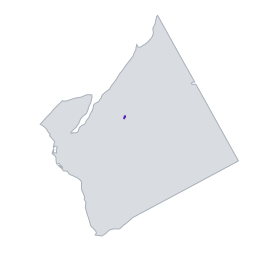 Saqulta, Suhaj, Egypt (highlighted), rotated 241°
{"feature_id": "37247803B11540085647408", "entity_name": "Saqulta", "entity_type": "district", "adm_level": 2, "iso_a3": "EGY", "parent_name": "Egypt", "parent_adm1": "Suhaj", "projection": "natural_earth1", "projection_center": [31.659, 26.692], "detail": "fine", "context": "in_parent", "style": "filled", "palette": "violet", "viewbox_px": 256, "rotation_deg": 241, "n_neighbors": 0, "source": "geoboundaries", "source_scale": "gbopen_adm2", "svg_char_len": 3479}
<svg xmlns="http://www.w3.org/2000/svg" viewBox="0 0 256 256"><g transform="rotate(241 128 128)"><path d="M212.1,208.5L207.5,208.5L202.9,208.5L198.3,208.5L193.8,208.5L189.2,208.5L184.6,208.5L180.0,208.5L175.4,208.5L170.8,208.5L166.2,208.5L161.6,208.5L157.0,208.5L152.4,208.6L147.8,208.6L143.2,208.6L138.6,208.6L136.0,208.6L136.5,207.1L136.8,206.0L136.4,205.3L135.6,205.1L135.0,205.3L133.6,208.4L132.9,208.6L131.2,208.6L125.9,208.6L120.6,208.6L115.2,208.6L109.9,208.6L104.5,208.6L99.2,208.6L93.8,208.6L88.5,208.6L83.1,208.6L77.8,208.6L72.4,208.6L67.1,208.6L61.7,208.6L56.4,208.6L51.0,208.6L45.7,208.6L45.7,204.8L45.8,201.1L45.8,197.3L45.9,193.6L45.9,189.8L46.0,186.1L46.0,182.4L46.1,178.6L46.1,174.9L46.2,171.1L46.2,167.4L46.3,163.6L46.3,159.9L46.4,156.1L46.4,152.4L46.5,148.7L46.5,144.9L46.6,141.2L46.6,137.4L46.7,133.7L46.7,129.9L46.8,126.2L46.9,122.4L46.9,118.7L47.0,114.9L47.0,111.2L47.1,107.4L47.1,103.7L47.2,99.9L47.3,96.2L47.3,92.4L47.4,88.7L47.3,88.0L46.6,85.5L45.9,82.2L45.2,78.2L45.2,76.9L44.0,72.8L43.9,71.7L44.2,70.9L46.3,67.4L47.0,65.7L47.5,63.7L47.7,62.1L47.2,59.6L46.5,57.3L46.3,55.0L46.3,52.8L47.3,51.2L48.6,49.8L49.1,48.9L49.9,47.9L50.4,47.4L51.4,49.5L53.5,49.8L60.5,48.0L68.2,49.8L72.4,50.5L79.0,52.1L82.9,54.8L84.0,55.2L86.9,55.1L88.7,56.7L96.2,57.5L100.2,59.3L102.4,60.7L103.8,61.2L105.0,61.1L106.6,60.6L108.7,59.6L110.9,58.2L115.6,54.6L117.2,53.9L118.3,54.1L119.6,54.0L120.1,53.1L120.8,52.4L121.2,51.6L121.9,50.7L124.3,50.5L129.1,48.9L128.6,49.6L124.2,51.4L126.1,51.6L128.0,51.0L130.2,50.6L130.6,49.9L130.9,48.5L131.3,48.3L132.8,48.6L137.3,50.7L138.5,50.8L141.6,49.6L142.3,49.3L143.3,50.0L145.7,52.7L144.9,52.6L142.4,50.3L142.1,51.5L140.7,53.5L142.5,54.3L143.9,54.7L144.7,55.8L145.2,56.8L146.7,56.4L147.7,55.0L147.1,54.2L146.8,53.5L147.2,53.4L148.2,54.1L151.1,56.7L152.1,57.2L153.2,57.1L155.5,56.4L156.1,56.5L159.3,55.6L159.6,56.3L160.1,56.9L162.7,56.2L166.6,56.2L169.8,55.3L173.5,53.3L173.8,53.0L174.0,53.5L174.5,54.9L175.7,58.4L176.7,61.2L177.9,65.1L178.3,66.6L178.5,67.6L180.3,71.8L181.3,75.3L182.1,78.2L183.2,82.3L183.7,83.8L183.0,84.5L181.5,87.2L179.9,95.8L177.6,102.5L177.3,106.6L177.0,108.2L175.9,110.3L174.5,112.4L172.1,111.3L168.1,107.6L165.8,104.2L163.4,101.9L161.0,98.9L160.4,96.8L160.4,95.4L159.4,92.1L158.6,90.5L155.8,87.0L155.0,85.1L154.4,84.2L153.8,83.0L152.7,78.4L151.6,75.5L150.3,76.3L150.6,77.5L149.5,79.2L148.8,81.2L149.3,82.8L151.6,85.3L152.1,86.4L152.6,88.7L152.5,91.9L152.9,92.9L154.7,95.3L155.3,96.7L155.7,97.9L156.2,99.0L158.0,101.0L160.4,104.9L162.8,107.6L164.5,108.8L165.2,110.1L165.4,113.4L165.3,115.0L166.8,117.9L167.3,119.4L168.8,120.6L169.4,122.0L170.1,124.3L171.0,131.0L172.3,132.6L176.2,141.4L179.5,146.9L181.1,151.1L183.6,156.1L188.4,167.2L191.2,170.6L192.4,172.6L194.4,174.0L196.7,176.2L194.5,176.0L194.0,176.1L193.3,176.5L192.9,177.8L192.8,178.8L193.1,184.4L193.7,187.3L195.6,192.7L197.0,194.3L197.7,195.4L198.6,196.2L203.1,198.0L205.7,201.9L211.5,206.9L212.1,208.2L212.1,208.5Z" fill="#d9dde1" stroke="#a8b0b8" stroke-width="1"/><path d="M139.8,130.6L139.7,130.6L139.6,130.4L139.5,130.2L139.4,130.1L139.3,129.9L139.2,129.8L138.9,129.7L138.7,129.4L138.6,129.2L138.4,129.2L138.2,129.2L138.1,129.3L138.2,129.5L138.3,129.6L138.5,129.8L138.8,129.9L138.9,130.0L139.0,130.1L139.0,130.3L138.9,130.4L138.9,130.5L138.9,130.8L139.0,130.8L139.0,131.0L139.3,131.1L139.5,131.0L139.8,131.1L139.9,131.3L140.0,131.3L140.0,131.2L140.0,130.9L139.9,130.9L139.9,130.7L139.8,130.6Z" fill="#8b5cf6" stroke="#5b21b6" stroke-width="1.5"/></g></svg>